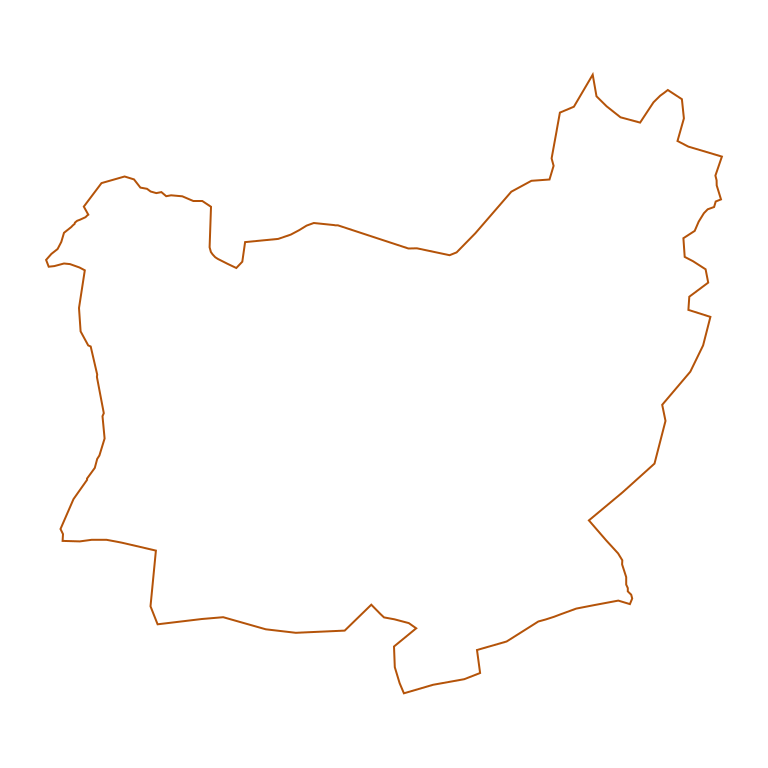 the district of Potiskum, Yobe, Nigeria
{"feature_id": "59680162B46130456424051", "entity_name": "Potiskum", "entity_type": "district", "adm_level": 2, "iso_a3": "NGA", "parent_name": "Nigeria", "parent_adm1": "Yobe", "projection": "orthographic", "projection_center": [11.137, 11.687], "detail": "fine", "context": "isolated", "style": "outline", "palette": "amber", "viewbox_px": 768, "rotation_deg": 0, "n_neighbors": 0, "source": "geoboundaries", "source_scale": "gbopen_adm2", "svg_char_len": 2156}
<svg xmlns="http://www.w3.org/2000/svg" viewBox="0 0 768 768"><path d="M592.7,74.7L573.9,106.7L559.9,112.6L556.7,130.3L556.7,130.5L551.6,158.4L553.6,165.8L549.5,179.5L531.4,180.8L511.3,191.7L475.3,233.3L456.6,252.4L449.6,255.2L416.9,248.3L408.4,248.5L337.8,225.3L335.0,225.3L334.3,225.1L313.8,223.0L306.6,225.6L299.1,230.2L290.8,234.6L278.2,238.9L245.1,242.1L242.3,261.7L236.3,268.0L227.7,263.9L217.8,258.9L215.2,257.2L212.6,254.4L210.9,252.0L209.6,247.3L211.0,206.8L202.3,201.0L193.3,201.0L182.3,196.3L171.1,195.3L166.2,196.2L161.4,192.1L156.3,193.1L150.6,191.5L147.0,188.8L140.4,187.6L134.0,179.4L124.6,176.5L101.5,183.1L83.8,206.6L88.3,214.7L87.3,215.4L85.5,217.2L79.8,219.8L77.1,220.8L75.2,222.4L74.9,222.7L74.7,223.5L74.6,223.9L72.7,225.5L71.3,227.0L64.0,232.8L61.3,241.9L57.6,249.0L51.4,253.9L46.1,259.9L48.7,266.7L54.3,266.1L64.0,263.5L70.0,264.1L79.5,267.5L84.8,270.3L79.0,308.0L80.6,331.4L88.2,345.4L90.7,346.5L97.2,374.6L96.9,376.9L103.8,413.2L102.5,416.2L104.6,438.5L99.4,455.5L97.2,458.9L94.8,467.9L87.0,478.6L87.1,479.8L73.5,499.1L60.5,529.0L63.0,534.1L62.6,540.9L79.8,541.4L91.7,539.8L106.5,539.8L116.8,541.7L121.9,542.7L155.9,550.6L150.5,606.3L157.6,624.3L201.9,619.0L223.2,617.2L265.8,629.3L295.8,632.8L344.7,630.6L371.3,604.7L380.2,613.8L384.0,617.4L394.4,619.3L408.8,623.1L416.2,628.3L394.0,646.5L394.8,667.2L399.6,683.1L403.9,693.3L433.0,684.8L464.2,679.2L480.1,673.0L477.0,650.0L506.6,641.5L531.2,626.0L538.3,621.5L545.6,619.5L554.0,616.8L560.6,614.3L576.2,608.6L593.7,605.2L618.3,600.6L629.9,604.1L632.2,598.5L631.2,594.7L627.8,591.4L627.8,588.1L626.2,584.6L626.2,577.1L622.1,564.4L622.3,560.3L618.1,553.4L606.2,540.4L588.9,520.4L622.6,492.3L654.5,463.6L665.5,420.9L662.2,404.8L690.3,371.7L703.1,345.4L710.4,316.9L688.4,309.9L689.3,296.7L708.2,282.6L705.6,269.3L693.0,261.2L684.7,256.9L683.4,238.2L694.7,230.9L698.7,221.6L703.9,213.2L707.7,209.3L714.1,207.0L715.7,201.5L721.0,199.4L716.7,185.4L716.6,180.3L715.4,175.6L721.9,156.6L688.3,146.6L677.5,141.0L683.9,118.4L681.9,99.2L667.8,90.0L664.2,92.8L660.2,95.7L653.5,102.3L640.1,122.6L620.5,117.3L606.6,106.3L596.5,96.3L592.7,74.7Z" fill="none" stroke="#b45309" stroke-width="2"/></svg>